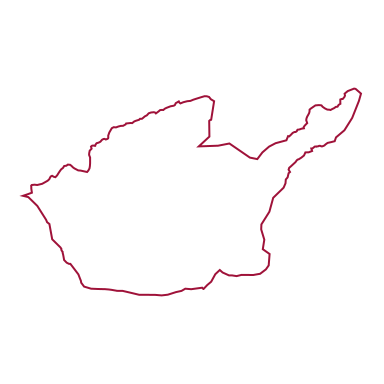 Shani, Borno, Nigeria (Albers equal-area conic projection)
{"feature_id": "59680162B31817043180897", "entity_name": "Shani", "entity_type": "district", "adm_level": 2, "iso_a3": "NGA", "parent_name": "Nigeria", "parent_adm1": "Borno", "projection": "albers", "projection_center": [11.982, 10.196], "detail": "fine", "context": "isolated", "style": "outline", "palette": "rose", "viewbox_px": 384, "rotation_deg": 0, "n_neighbors": 0, "source": "geoboundaries", "source_scale": "gbopen_adm2", "svg_char_len": 3642}
<svg xmlns="http://www.w3.org/2000/svg" viewBox="0 0 384 384"><path d="M214.1,101.2L210.8,99.2L209.1,97.0L206.9,96.3L204.6,96.2L201.5,97.1L196.4,98.7L193.3,99.7L190.4,100.9L187.3,101.2L183.4,102.2L180.4,103.4L179.4,102.6L178.8,101.4L175.7,103.2L175.0,104.9L173.8,105.7L170.5,106.3L169.5,106.7L166.4,107.9L164.8,108.7L163.3,110.0L162.0,109.9L160.1,110.1L158.6,111.4L155.9,113.4L155.2,112.6L153.9,112.2L151.0,112.5L148.7,113.3L146.9,115.3L144.8,116.4L143.3,117.7L141.9,118.8L140.0,118.8L139.0,119.8L136.1,120.7L134.3,121.4L132.2,123.1L130.7,123.0L126.1,123.5L125.6,124.4L123.1,125.8L120.8,125.9L118.4,126.5L116.0,127.4L113.7,127.2L111.8,128.2L109.3,132.5L108.2,135.7L108.3,137.4L108.1,138.4L107.2,139.0L105.8,139.5L104.7,138.9L103.5,139.0L102.0,139.8L100.4,141.7L98.7,142.6L96.6,143.2L95.4,144.8L95.2,145.8L94.4,145.8L93.1,145.5L91.9,145.8L91.0,146.6L91.6,148.7L89.7,150.7L89.2,153.2L89.1,154.9L90.1,157.5L90.1,159.8L90.1,163.2L89.9,166.1L89.5,168.4L88.3,170.6L87.1,172.0L80.7,170.6L78.2,170.4L76.3,169.4L74.4,168.4L73.0,167.4L71.4,165.8L70.1,164.8L67.8,164.6L66.4,165.7L64.2,166.0L63.0,167.9L61.1,169.4L59.8,171.2L58.6,173.0L57.1,175.4L55.4,177.2L53.8,176.8L52.1,175.8L50.7,176.5L49.9,177.9L49.3,179.2L47.7,180.7L45.6,181.9L42.2,183.8L37.2,185.0L34.6,184.7L31.8,185.0L31.2,185.6L31.3,187.2L31.3,188.6L31.9,192.7L27.8,194.2L23.0,195.8L28.3,197.1L37.3,205.9L46.1,219.8L47.1,222.2L49.4,224.0L52.2,239.3L60.5,247.5L61.4,248.9L61.3,249.6L61.6,250.5L62.7,252.0L62.6,252.7L63.0,254.1L63.2,255.0L63.6,257.1L64.1,260.0L66.7,262.7L69.1,263.9L70.4,263.9L74.0,268.6L78.4,274.4L79.7,277.8L80.2,279.1L80.9,280.8L81.2,282.7L84.1,286.6L91.1,288.7L98.1,289.0L102.4,289.1L104.4,289.1L109.0,289.5L111.2,289.8L111.3,289.8L116.4,290.7L116.7,290.8L118.9,290.9L122.7,290.9L131.7,293.0L139.2,294.8L148.0,294.8L152.1,294.9L155.5,294.9L161.6,295.4L163.4,295.2L167.8,294.7L176.0,292.1L181.5,290.9L185.3,288.7L191.2,289.2L202.2,287.7L203.4,289.0L203.5,289.0L207.3,285.0L211.2,281.7L215.3,274.2L219.8,270.0L222.6,272.5L229.0,275.4L232.2,275.4L232.6,275.5L236.6,276.1L241.5,274.9L253.3,275.0L257.7,274.2L260.1,273.8L265.9,269.4L268.7,265.4L269.2,259.0L269.6,254.0L262.8,249.2L264.3,239.7L261.2,229.4L261.4,224.4L269.4,211.7L273.2,197.8L283.6,187.7L285.5,183.3L285.8,179.5L287.6,177.4L288.6,173.2L290.0,172.0L288.6,169.7L289.2,167.8L290.6,166.6L295.5,162.1L296.7,160.4L297.6,159.6L298.7,159.3L301.4,157.6L304.0,155.5L305.4,152.4L308.7,152.3L312.1,151.0L311.3,148.5L312.5,148.4L313.8,147.4L314.7,146.6L315.7,146.5L316.2,146.7L316.7,146.4L317.0,146.4L317.9,146.4L319.0,145.9L319.4,145.8L319.7,145.9L320.0,145.9L320.4,145.9L320.9,146.2L321.3,146.2L321.6,146.4L322.1,146.4L322.9,146.1L323.5,145.9L324.5,145.4L325.4,144.5L327.6,142.9L331.2,142.1L334.7,141.2L336.0,137.4L344.4,130.3L349.0,123.0L352.2,117.9L358.9,101.0L361.0,93.6L355.6,88.9L354.1,88.6L347.7,91.1L344.6,93.7L345.0,95.6L344.4,97.0L342.7,99.0L341.6,99.0L340.3,99.5L340.3,102.3L340.4,103.8L338.6,104.9L337.5,106.7L335.8,106.9L334.2,108.1L332.1,109.1L330.5,110.0L329.3,109.7L327.3,109.6L324.9,108.4L322.5,106.7L321.5,105.4L320.2,105.2L318.7,105.1L315.4,105.4L310.9,108.5L309.6,109.6L309.5,111.7L309.1,113.1L308.4,114.5L307.2,116.6L306.5,118.4L306.2,120.2L307.2,123.1L305.3,125.0L304.2,126.3L303.6,127.3L303.9,128.3L301.5,128.7L300.2,129.2L298.8,129.6L297.6,129.7L297.1,130.3L297.0,130.6L296.8,131.2L296.2,131.6L295.6,132.0L294.5,132.0L292.7,132.9L291.0,134.7L289.2,136.4L288.1,136.1L286.4,140.3L275.6,143.2L269.1,146.6L262.4,152.4L257.3,159.1L249.9,157.6L229.4,143.5L218.1,145.7L198.8,146.4L209.4,136.6L209.2,120.9L210.3,119.9L211.1,119.8L211.2,119.6L214.1,101.2Z" fill="none" stroke="#9f1239" stroke-width="2"/></svg>